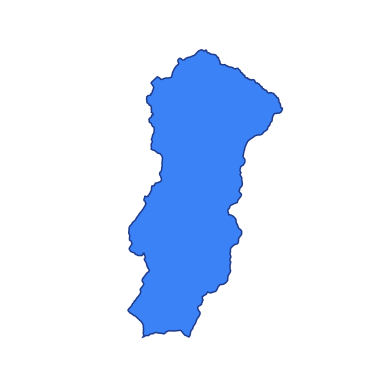 outline of Acevedo, Huila, Colombia, rotated 324°
{"feature_id": "7082276B6986127045268", "entity_name": "Acevedo", "entity_type": "district", "adm_level": 2, "iso_a3": "COL", "parent_name": "Colombia", "parent_adm1": "Huila", "projection": "mercator", "projection_center": [-75.971, 1.706], "detail": "fine", "context": "isolated", "style": "filled", "palette": "blue", "viewbox_px": 384, "rotation_deg": 324, "n_neighbors": 0, "source": "geoboundaries", "source_scale": "gbopen_adm2", "svg_char_len": 6041}
<svg xmlns="http://www.w3.org/2000/svg" viewBox="0 0 384 384"><g transform="rotate(324 192 192)"><path d="M316.9,166.1L316.2,165.5L316.1,165.2L316.4,163.5L315.9,161.9L316.1,160.6L314.5,158.3L313.5,157.4L312.5,157.3L311.8,156.4L311.6,155.6L311.9,154.6L311.8,153.2L311.3,152.9L311.2,152.5L310.7,152.0L310.6,150.6L310.1,150.2L309.9,149.7L310.0,148.9L310.5,148.4L310.1,148.0L309.7,147.1L309.9,146.3L309.6,145.3L309.7,144.1L309.0,143.0L309.0,142.2L308.2,141.9L308.0,141.3L307.7,141.1L307.7,140.2L308.0,139.8L308.2,138.0L307.3,136.8L306.6,136.5L306.3,136.6L306.1,136.4L305.9,136.4L305.5,136.1L305.5,135.7L305.0,135.1L304.8,134.4L304.0,134.0L303.8,133.1L304.0,132.8L303.9,132.2L303.2,131.7L302.5,130.6L302.4,130.1L302.5,129.6L303.1,129.1L302.9,128.0L302.3,127.2L302.6,126.8L302.3,125.5L302.5,124.9L301.8,124.1L302.3,122.2L302.0,121.3L301.8,118.9L300.6,118.2L299.6,117.9L298.8,117.3L297.7,114.7L295.2,112.2L294.8,110.9L294.0,110.4L293.8,108.9L293.4,108.2L291.4,107.0L289.9,104.7L290.4,104.4L291.0,103.5L291.4,102.0L291.6,100.2L291.7,99.7L292.2,99.2L292.1,98.1L291.6,97.9L291.8,97.4L291.7,95.1L291.0,94.1L288.1,91.3L287.8,89.9L286.3,88.1L286.9,85.9L286.6,85.3L285.9,85.1L285.3,85.4L284.5,85.2L283.9,83.3L282.9,82.3L280.3,81.8L279.1,81.9L274.3,82.9L273.0,82.4L269.7,81.7L267.7,80.7L265.7,80.3L264.6,80.3L263.9,80.6L262.9,80.4L261.9,79.6L261.6,78.0L261.0,76.9L260.3,76.5L259.1,76.7L258.0,77.1L257.1,78.7L257.1,79.3L256.9,80.0L256.3,80.6L253.2,80.9L250.7,81.7L246.4,84.0L243.0,87.1L239.6,85.8L238.4,84.7L236.1,83.7L235.3,83.7L233.1,82.8L232.7,80.4L231.6,78.4L223.6,79.4L222.8,80.2L223.0,82.1L222.5,85.0L222.1,85.3L220.3,86.6L219.5,86.8L219.2,87.4L218.6,87.9L217.1,88.5L216.3,88.4L215.7,88.9L215.6,89.3L212.9,88.2L211.1,88.5L210.6,89.6L209.5,90.5L209.1,92.2L208.4,92.5L208.2,93.3L208.8,96.0L208.5,96.7L209.2,97.5L209.4,98.3L208.9,99.0L208.8,100.0L207.7,100.9L207.9,101.4L205.9,103.7L206.3,104.5L206.5,106.1L205.8,106.7L205.2,106.3L204.4,106.3L204.0,106.6L204.0,107.0L203.2,107.5L201.7,107.3L201.4,107.5L200.4,107.6L199.6,108.2L199.5,109.0L198.7,109.9L198.6,110.6L199.4,112.4L199.0,113.8L198.7,115.3L198.7,116.0L199.3,117.1L199.2,117.7L197.0,120.7L195.3,122.2L194.0,122.5L191.7,124.5L190.0,125.6L189.7,127.7L189.4,128.1L187.0,129.4L185.8,131.3L185.7,131.8L184.2,133.3L184.7,134.6L186.0,136.2L187.3,140.7L188.6,142.0L188.9,144.3L188.7,145.8L188.3,146.4L187.8,147.8L187.0,148.3L185.1,150.8L184.5,151.2L183.1,153.6L182.2,154.1L180.7,155.9L179.7,156.8L178.8,157.3L177.8,157.2L177.0,157.7L176.1,158.8L175.8,161.1L174.8,163.8L174.0,164.5L173.0,165.0L172.0,164.9L169.1,164.1L167.4,163.3L166.5,164.0L165.4,164.3L165.0,164.7L164.3,164.1L163.3,164.1L162.9,163.7L162.6,164.2L161.9,164.5L160.8,166.1L159.8,166.9L158.1,167.7L157.7,168.1L156.8,168.3L156.6,168.7L154.6,169.1L154.0,169.3L154.1,169.6L153.8,169.7L152.7,169.3L152.0,168.2L151.2,167.8L150.4,168.7L148.9,169.6L148.3,170.4L148.2,170.8L148.7,172.0L147.8,173.7L147.7,174.2L147.9,174.4L146.2,175.4L142.7,176.9L140.1,177.8L136.2,178.7L135.7,179.2L133.3,179.8L130.6,180.9L130.0,181.4L125.7,181.8L124.3,182.6L121.8,183.0L120.0,184.0L119.5,184.8L116.7,188.0L116.0,190.8L114.7,192.0L113.2,194.2L113.9,196.1L113.3,197.9L112.5,198.9L108.2,200.6L107.5,201.8L107.5,204.2L109.9,208.0L109.5,209.1L110.3,210.2L111.0,211.6L114.0,213.9L115.3,213.8L116.5,212.9L117.3,213.7L116.6,214.6L116.1,217.2L115.0,218.0L114.1,218.1L113.6,219.0L113.3,222.5L113.0,223.7L112.5,224.3L111.7,227.0L111.6,229.2L111.4,230.4L110.1,231.0L108.1,231.0L106.9,231.2L106.2,231.6L102.5,232.7L101.4,232.9L99.9,234.0L99.3,234.9L99.3,237.1L98.4,238.6L93.0,240.2L92.5,240.8L92.5,241.7L91.9,242.5L90.3,243.9L87.1,244.9L85.4,245.2L82.0,246.6L81.6,246.3L81.2,246.3L80.2,247.2L79.4,247.4L78.5,247.3L76.0,248.7L71.6,249.5L70.8,250.0L70.5,250.7L70.8,251.7L70.6,252.7L72.0,256.1L72.4,257.7L73.3,259.2L74.3,264.9L74.7,266.3L74.8,268.5L74.2,271.6L73.3,272.4L72.7,273.8L71.5,275.0L71.2,275.9L69.8,277.3L69.2,278.1L69.1,279.0L68.3,280.0L67.1,280.5L68.1,280.8L70.4,281.0L72.5,282.6L74.5,282.4L75.9,282.8L77.4,283.9L78.7,283.8L79.7,284.2L80.7,284.8L81.7,286.2L83.9,288.0L85.6,290.0L86.3,290.4L88.0,290.3L88.8,290.0L90.3,290.4L91.5,290.5L96.1,294.1L101.2,297.0L101.7,297.9L102.0,303.5L103.2,305.3L104.0,307.1L104.6,307.5L105.4,307.2L106.5,306.5L109.4,303.7L112.2,303.0L113.3,302.0L114.5,301.3L117.5,300.3L121.1,297.8L124.7,296.6L126.8,295.4L127.7,294.1L127.8,291.0L128.2,289.8L128.9,288.7L129.9,288.1L132.3,288.6L133.8,288.4L134.2,287.8L135.7,287.0L136.5,286.0L137.1,286.1L137.4,285.9L138.1,283.6L138.6,282.9L140.8,282.8L143.2,283.1L145.7,282.2L147.8,284.7L149.1,285.1L149.7,285.1L150.6,285.6L152.8,286.3L154.5,285.8L157.3,284.1L158.9,283.7L159.8,283.3L162.9,284.9L164.5,285.3L166.9,285.1L168.8,284.5L171.7,281.1L175.6,279.4L177.0,278.4L177.6,276.6L179.5,273.8L182.2,271.4L182.4,270.9L182.4,269.9L183.0,268.7L185.2,267.5L185.7,266.5L186.4,264.1L187.9,263.1L189.1,261.3L190.1,260.4L191.5,259.9L194.7,259.6L195.8,259.7L198.2,260.5L199.1,260.4L200.6,259.3L201.5,258.0L202.8,256.8L207.1,255.5L209.0,253.2L209.3,251.0L208.5,249.8L208.7,247.8L209.5,245.2L209.7,243.1L211.5,239.7L211.2,236.2L210.8,235.2L209.8,233.4L208.9,232.2L208.3,231.9L209.5,229.7L209.7,228.2L211.0,227.4L212.7,227.1L214.4,225.8L215.3,225.5L219.2,226.2L221.9,227.0L222.6,227.0L223.5,226.2L224.7,225.5L228.8,224.3L230.2,223.5L230.7,222.7L230.4,220.4L230.4,219.3L230.8,218.7L231.7,218.4L232.5,217.3L236.1,216.3L237.7,214.8L239.6,211.0L240.7,209.6L241.0,206.3L241.4,205.9L242.9,205.3L243.3,203.0L244.5,201.6L246.6,200.1L249.4,200.3L252.1,199.1L253.1,198.0L253.9,196.7L253.9,194.0L254.3,193.2L257.9,189.6L259.6,188.5L260.6,187.3L264.6,184.9L267.0,183.7L269.8,183.5L276.1,183.6L278.5,184.4L280.8,185.9L282.3,186.3L283.2,186.3L285.3,185.6L287.9,185.8L289.8,185.6L292.0,183.8L293.8,183.8L296.1,182.1L296.8,181.8L298.3,181.7L301.2,178.7L301.9,178.2L304.7,177.0L305.5,177.3L306.3,178.0L307.7,178.4L308.6,179.3L309.4,179.6L310.8,179.6L311.9,179.3L313.6,178.3L314.4,177.3L313.6,176.2L313.7,175.2L314.5,174.0L315.1,172.9L315.4,169.9L316.4,168.6L316.9,166.1Z" fill="#3b82f6" stroke="#1e3a8a" stroke-width="1.5"/></g></svg>